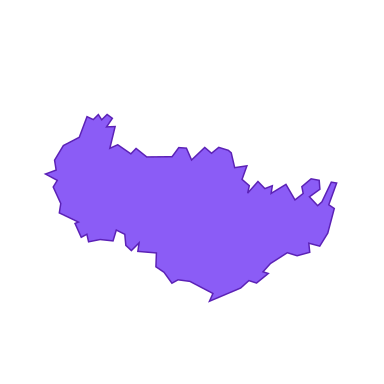 outline of Grainger, Tennessee, United States of America, rotated 227°
{"feature_id": "52423323B64097397586562", "entity_name": "Grainger", "entity_type": "district", "adm_level": 2, "iso_a3": "USA", "parent_name": "United States of America", "parent_adm1": "Tennessee", "projection": "albers", "projection_center": [-83.509, 36.251], "detail": "fine", "context": "isolated", "style": "filled", "palette": "violet", "viewbox_px": 384, "rotation_deg": 227, "n_neighbors": 0, "source": "geoboundaries", "source_scale": "gbopen_adm2", "svg_char_len": 1199}
<svg xmlns="http://www.w3.org/2000/svg" viewBox="0 0 384 384"><g transform="rotate(227 192 192)"><path d="M65.3,248.5L69.3,263.2L82.9,284.8L89.4,283.3L99.9,303.9L104.2,300.6L96.2,280.3L96.3,274.6L108.4,274.6L106.8,287.4L113.8,293.0L120.4,288.1L121.0,276.0L115.1,272.3L116.0,261.9L133.5,265.9L137.0,248.9L141.8,255.0L144.8,247.6L154.7,247.4L153.2,231.9L157.5,238.2L167.1,237.2L173.7,250.0L180.7,239.8L193.9,247.4L197.7,247.0L206.4,242.0L207.0,232.7L215.9,231.7L215.7,213.5L227.9,217.8L233.5,212.6L231.4,201.5L248.5,182.8L262.0,180.8L261.6,173.3L277.2,169.9L280.0,161.7L292.3,180.4L297.9,173.9L300.2,184.0L306.6,182.8L306.4,175.2L312.5,176.3L312.3,169.2L318.7,166.6L308.9,146.9L313.7,129.6L309.0,113.2L300.7,107.6L305.1,97.1L292.4,101.4L290.3,93.9L273.1,88.2L267.2,80.7L247.5,88.4L248.8,85.0L234.4,80.1L232.8,86.3L226.1,82.4L219.9,92.4L210.1,100.9L215.8,110.7L206.9,114.0L198.1,107.2L190.5,107.7L190.9,118.6L185.5,111.9L171.7,124.4L161.9,114.6L152.3,116.8L139.0,115.1L137.3,121.9L128.1,129.5L103.5,138.1L100.2,130.3L88.6,162.1L88.4,173.2L81.4,177.1L80.4,192.2L85.2,189.5L86.2,200.6L82.6,220.3L73.7,225.4L67.6,237.0L74.9,242.5L65.3,248.5Z" fill="#8b5cf6" stroke="#5b21b6" stroke-width="1.5"/></g></svg>